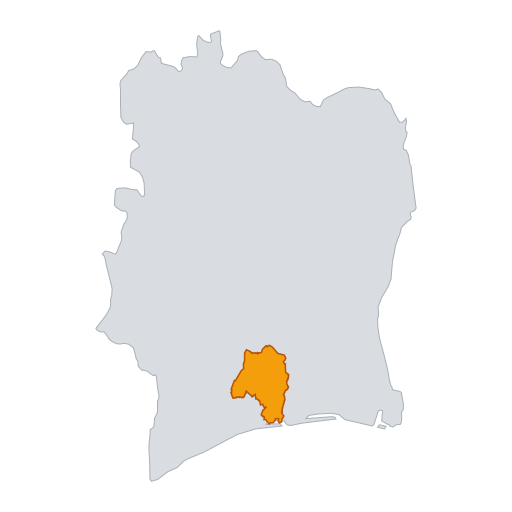 Loh-Djiboua, Sud-Bandama, Ivory Coast (highlighted)
{"feature_id": "98640826B50838995581112", "entity_name": "Loh-Djiboua", "entity_type": "district", "adm_level": 2, "iso_a3": "CIV", "parent_name": "Ivory Coast", "parent_adm1": "Sud-Bandama", "projection": "equal_earth", "projection_center": [-5.414, 5.714], "detail": "fine", "context": "in_parent", "style": "filled", "palette": "amber", "viewbox_px": 512, "rotation_deg": 0, "n_neighbors": 0, "source": "geoboundaries", "source_scale": "gbopen_adm2", "svg_char_len": 8971}
<svg xmlns="http://www.w3.org/2000/svg" viewBox="0 0 512 512"><path d="M128.7,70.3L130.2,70.2L134.3,68.6L137.9,65.0L141.4,57.6L146.0,51.6L151.2,52.0L152.7,50.9L154.5,50.7L156.7,54.7L158.9,57.7L160.4,57.8L161.5,63.4L171.0,65.8L175.0,67.4L178.4,71.5L179.6,71.6L181.1,70.7L182.2,69.3L182.4,67.7L181.0,64.0L181.6,60.6L183.2,57.6L185.6,57.4L189.3,56.6L193.5,56.6L196.6,57.1L197.9,54.1L196.7,45.6L197.0,41.0L197.5,37.1L198.7,35.5L203.4,40.4L207.6,42.2L210.7,42.3L211.6,41.4L210.3,36.0L210.6,34.4L211.8,33.5L213.8,32.9L219.2,30.7L219.8,31.2L220.8,39.6L220.3,42.4L221.5,48.2L222.9,53.5L222.8,55.7L221.6,59.0L220.2,62.0L220.4,63.3L222.6,65.4L226.7,67.5L231.1,68.0L233.5,64.9L236.0,62.3L237.7,60.1L238.3,56.7L241.0,54.3L248.9,51.2L256.1,50.7L257.8,51.7L261.1,56.4L265.2,59.6L271.5,59.2L276.0,61.1L280.0,64.7L282.6,72.7L285.5,78.4L286.8,86.6L291.4,91.0L294.9,92.9L299.8,98.9L304.8,101.9L310.0,101.2L312.4,104.3L316.3,106.5L320.2,106.7L323.6,99.8L328.1,97.1L339.5,91.6L344.0,89.1L348.5,87.6L359.5,87.1L369.7,88.7L374.8,90.0L378.2,89.1L381.5,92.3L384.9,99.2L387.7,101.4L390.6,103.8L392.7,109.2L395.2,114.5L396.5,116.9L399.6,122.2L402.2,122.3L404.8,120.0L405.9,118.3L406.5,121.8L405.4,127.5L405.7,131.0L407.1,132.3L406.3,136.8L403.3,144.5L403.3,149.1L406.3,150.5L408.5,155.3L409.8,163.6L411.1,166.3L411.2,168.0L413.4,188.0L416.1,208.1L414.4,210.8L412.1,211.5L410.6,212.5L410.2,214.3L411.2,217.1L410.5,219.6L407.6,221.3L401.3,227.7L400.9,230.2L399.2,235.7L397.8,239.0L395.7,245.1L392.5,261.4L391.3,275.0L391.1,279.1L389.8,282.0L388.4,286.2L381.5,297.8L378.0,307.2L378.5,311.4L378.6,315.5L377.6,318.5L377.8,326.5L378.7,333.2L379.9,339.7L384.9,358.3L387.6,369.6L389.2,378.7L390.6,384.9L392.0,387.3L392.5,389.7L399.9,391.4L401.4,392.7L403.5,404.6L403.1,410.0L401.6,412.0L401.7,416.6L401.4,422.2L400.3,424.4L396.1,424.7L393.3,426.9L389.6,426.0L389.2,424.6L387.2,424.1L381.7,420.9L382.6,410.6L380.0,410.1L378.1,411.5L374.2,423.9L372.3,426.0L344.8,419.6L338.8,414.5L331.6,413.3L319.1,413.9L308.9,415.4L305.9,418.6L331.9,416.7L334.7,417.1L336.0,419.0L303.1,423.0L290.6,425.5L286.9,424.8L284.1,420.8L270.5,420.4L267.7,421.7L266.0,424.6L271.3,424.0L279.8,423.8L282.1,426.0L255.6,428.9L237.2,434.5L229.4,438.6L203.8,452.2L188.2,458.6L184.1,460.9L177.0,467.6L167.8,471.7L157.6,479.5L151.3,481.3L149.9,478.8L149.8,465.6L148.9,447.9L149.3,441.2L150.1,434.8L150.1,429.6L153.2,427.6L154.1,425.4L154.5,418.5L157.5,412.3L157.5,401.4L158.4,399.1L159.1,396.2L157.8,389.1L156.2,375.6L155.4,374.8L154.7,375.4L153.1,375.6L146.7,370.9L141.7,370.1L138.2,366.2L138.0,361.6L136.3,359.0L135.1,353.8L133.4,347.8L128.5,344.1L123.9,343.3L120.7,344.0L116.8,343.8L112.5,341.8L109.4,339.5L106.6,335.1L103.9,331.7L101.8,332.1L99.2,331.3L96.7,329.7L95.9,328.4L106.5,314.5L110.2,307.6L110.6,303.5L110.6,299.3L111.8,295.0L112.1,288.4L106.2,264.5L104.8,257.1L103.2,254.9L102.2,254.1L105.2,251.0L109.3,251.8L115.6,254.2L116.9,251.9L121.7,239.8L121.6,235.3L121.1,232.2L123.9,224.0L126.1,220.8L127.3,217.3L127.0,212.6L125.3,210.9L123.1,211.2L120.5,210.1L116.4,207.4L114.4,205.0L115.1,194.1L115.4,190.7L116.9,188.7L119.1,188.2L125.3,187.9L130.3,189.1L134.8,189.8L137.1,189.8L139.0,193.1L141.6,196.4L143.8,196.3L144.6,193.9L144.1,183.1L142.6,177.5L139.3,172.0L130.5,167.3L130.3,160.8L131.2,153.7L133.1,151.0L139.6,146.5L138.5,144.1L136.4,141.5L132.3,138.9L133.3,130.5L133.5,122.9L130.0,123.8L126.4,124.2L123.4,121.9L120.9,117.3L120.5,104.6L120.5,90.1L120.0,83.6L121.0,80.2L124.1,77.0L127.5,72.9L128.7,70.3ZM386.0,426.2L384.6,429.0L377.6,427.2L379.3,424.8L386.0,426.2Z" fill="#d9dde1" stroke="#a8b0b8" stroke-width="1"/><path d="M272.6,347.3L269.7,345.4L269.2,345.4L268.7,345.5L268.0,346.1L267.6,346.7L267.4,346.9L267.1,346.8L266.9,346.3L266.4,345.7L266.2,345.7L265.8,345.9L265.6,346.1L262.3,349.5L261.6,352.1L260.0,353.1L259.4,352.9L257.9,352.6L258.1,353.5L257.8,353.7L257.4,353.7L257.2,353.5L256.8,353.3L256.5,353.3L256.4,353.1L256.1,353.0L256.0,352.7L255.8,352.7L255.6,352.7L255.3,352.8L255.2,353.0L254.3,353.4L254.2,353.2L253.7,353.1L253.0,352.6L252.8,352.6L252.6,352.8L252.5,353.1L252.3,353.3L251.8,353.1L251.6,352.9L251.4,352.9L251.2,352.7L251.1,352.2L250.8,351.8L250.6,351.6L250.3,351.5L249.8,351.7L249.6,351.5L249.3,351.0L248.9,350.9L246.4,349.8L244.6,353.0L244.6,360.9L243.9,362.4L243.4,364.2L243.6,368.7L241.3,370.6L235.4,380.7L234.4,380.4L231.2,389.1L231.3,389.7L231.4,389.8L231.5,390.0L231.6,389.8L231.8,389.9L231.8,390.1L231.9,390.4L231.6,390.6L231.6,390.8L231.6,391.4L231.5,391.8L231.6,392.0L231.3,392.4L231.2,392.3L230.9,392.4L230.9,392.5L231.0,392.6L231.3,392.6L231.4,392.8L231.5,393.0L231.3,393.2L231.3,393.4L231.4,393.7L231.5,393.9L231.5,394.5L231.8,395.2L231.9,395.6L232.2,396.1L232.3,396.5L232.6,396.5L232.6,396.9L233.0,398.1L233.3,398.0L233.5,398.2L233.8,398.2L235.2,397.7L235.5,397.7L235.7,397.8L236.1,397.8L236.2,397.6L236.3,397.6L236.5,397.6L236.8,397.5L236.9,397.4L236.9,397.1L237.3,396.9L237.8,397.1L238.4,397.2L238.7,397.2L239.1,397.1L239.4,397.3L239.6,397.0L239.8,397.0L239.9,396.9L240.0,396.9L240.6,397.2L241.2,397.3L241.5,397.4L241.8,397.7L242.0,397.8L242.2,397.6L242.3,397.5L243.2,397.4L243.2,397.2L243.4,397.3L243.6,397.2L244.1,396.8L244.2,396.2L244.6,396.0L244.6,395.7L244.8,395.3L244.8,395.1L244.8,394.5L245.0,394.2L245.1,393.8L245.3,393.6L245.5,393.3L245.9,393.3L245.8,392.8L245.8,392.4L245.7,392.1L245.9,391.4L246.1,391.3L246.2,391.1L250.8,395.3L251.6,395.6L252.0,395.9L251.8,396.5L251.9,396.8L252.5,396.8L252.7,396.7L252.8,396.6L252.9,396.4L253.1,396.2L253.1,395.9L253.4,395.8L253.8,395.1L254.1,394.9L254.5,394.9L255.2,394.5L255.2,395.0L255.5,395.9L255.4,396.3L255.4,396.7L255.5,397.2L255.7,397.5L255.8,398.2L255.8,398.7L255.8,398.8L256.2,398.7L256.6,398.8L256.8,398.7L257.1,399.2L257.2,399.3L257.5,399.4L257.9,399.5L258.5,400.4L258.9,400.6L259.0,400.7L259.4,400.5L259.5,400.5L259.6,401.1L259.6,401.5L259.9,402.0L260.1,402.9L260.3,403.6L260.3,404.3L260.4,404.7L260.6,404.4L260.8,404.5L261.1,404.7L261.3,404.6L261.6,404.4L261.8,404.3L262.1,404.2L262.5,404.4L262.8,404.5L263.1,404.7L263.1,405.3L263.4,405.9L263.3,406.1L263.5,406.6L263.7,406.9L264.0,407.0L264.3,406.9L264.7,407.0L264.9,407.1L265.2,407.0L265.4,407.2L265.7,407.2L265.9,407.2L266.0,407.3L265.8,407.5L265.5,407.5L265.4,407.6L265.2,407.6L265.1,407.8L265.1,408.1L264.7,408.4L264.7,408.6L264.4,408.8L264.4,409.1L264.2,409.1L264.1,409.3L263.5,409.9L263.1,410.0L262.9,410.1L262.2,412.2L261.3,414.1L261.5,414.4L261.5,414.5L261.4,414.7L261.4,415.1L261.4,415.3L261.7,415.5L262.2,415.7L262.4,416.2L262.6,416.4L262.6,416.2L262.8,416.0L263.1,416.1L263.5,416.5L264.1,416.7L264.4,417.0L264.4,417.5L264.2,418.3L264.2,418.5L264.1,418.8L264.1,419.0L264.0,419.6L264.5,419.5L265.1,419.5L265.4,419.6L265.5,419.8L265.9,419.9L269.1,424.0L270.4,422.8L273.1,422.7L275.2,420.6L275.2,420.1L275.4,419.8L275.6,419.5L275.4,418.8L276.7,418.7L278.6,418.5L278.7,418.8L278.6,419.4L278.6,420.2L278.4,420.6L278.2,421.6L279.7,423.0L281.8,421.6L281.8,418.7L282.0,418.5L282.3,418.5L282.7,418.1L282.8,418.0L282.8,417.7L282.9,417.4L283.2,416.9L283.5,416.8L283.6,416.6L283.7,416.3L283.8,416.1L283.6,415.6L281.9,413.2L282.0,413.0L281.9,412.7L281.7,412.3L281.9,412.2L282.0,412.1L281.9,412.0L282.2,411.9L282.2,411.7L282.3,411.8L282.4,411.7L282.3,411.4L282.2,411.1L282.3,410.7L282.2,410.6L282.0,410.1L282.2,409.9L282.2,409.7L282.3,409.3L282.3,409.1L282.2,409.1L282.3,408.9L282.5,408.7L282.4,408.4L282.5,408.4L282.5,407.9L282.4,407.7L282.5,407.6L282.7,407.1L282.9,407.0L282.9,406.5L282.9,406.3L283.0,406.1L283.0,405.3L283.1,405.2L283.3,405.0L283.3,404.8L283.4,404.5L283.4,404.4L283.6,404.3L283.6,404.1L283.7,403.9L283.8,403.5L283.9,403.2L283.9,402.9L283.9,402.6L284.1,402.5L284.1,402.3L284.1,402.2L284.1,401.8L284.3,401.6L284.3,401.2L284.2,401.0L284.2,400.9L284.4,400.8L284.6,400.5L284.6,400.4L284.7,400.0L284.9,399.9L284.8,399.6L284.8,399.2L284.7,398.7L284.7,398.3L284.6,397.8L284.5,397.7L284.7,397.3L284.7,397.1L284.4,396.6L284.4,396.2L284.3,395.9L284.2,395.4L283.8,395.3L283.8,395.1L283.7,394.9L283.5,394.7L283.5,394.3L283.7,394.1L283.8,393.7L284.1,393.3L284.4,393.2L284.6,392.9L284.8,392.0L285.0,391.9L285.2,391.3L285.2,391.1L285.2,390.9L285.4,390.6L285.4,390.4L285.5,390.2L286.0,390.3L286.2,390.0L286.3,389.9L286.7,389.8L287.0,389.7L287.5,389.3L287.6,388.6L287.8,388.5L287.9,388.4L287.8,388.1L287.9,387.9L288.0,387.7L288.3,387.6L288.4,387.3L288.5,387.1L288.5,386.9L288.2,386.8L288.0,386.4L287.9,386.0L287.5,385.6L287.5,385.4L287.4,384.9L287.0,384.3L286.8,383.5L286.7,383.3L286.7,382.6L286.9,382.0L286.9,381.8L286.7,381.5L286.6,381.2L286.9,380.8L287.0,380.6L287.5,380.3L287.5,380.2L287.4,380.1L287.4,379.9L287.6,379.0L287.6,378.7L287.6,378.4L287.6,378.2L288.1,377.7L288.3,377.2L288.4,377.4L288.5,376.5L288.3,375.9L288.5,375.6L288.3,375.4L288.4,375.2L288.7,374.9L288.7,374.7L288.3,374.3L288.1,374.1L287.9,374.1L287.6,374.0L287.4,373.7L286.8,373.0L286.1,372.9L285.7,372.3L285.6,372.0L285.5,368.4L285.4,368.2L285.4,364.3L285.2,364.5L284.4,363.9L283.4,361.8L285.1,359.9L285.8,358.1L284.3,355.1L277.8,353.4L272.6,347.3Z" fill="#f59e0b" stroke="#b45309" stroke-width="1.5"/></svg>